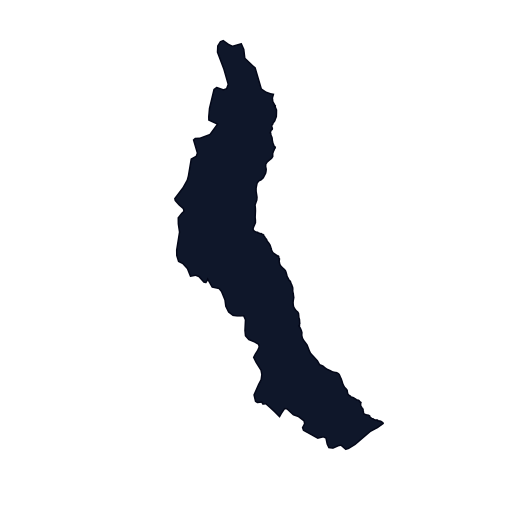 Colonia Lavalleja, Salto, Uruguay, rotated 69°
{"feature_id": "84410073B14700525843011", "entity_name": "Colonia Lavalleja", "entity_type": "district", "adm_level": 2, "iso_a3": "URY", "parent_name": "Uruguay", "parent_adm1": "Salto", "projection": "albers", "projection_center": [-56.948, -31.083], "detail": "fine", "context": "isolated", "style": "filled", "palette": "ink", "viewbox_px": 512, "rotation_deg": 69, "n_neighbors": 0, "source": "geoboundaries", "source_scale": "gbopen_adm2", "svg_char_len": 5445}
<svg xmlns="http://www.w3.org/2000/svg" viewBox="0 0 512 512"><g transform="rotate(69 256 256)"><path d="M157.2,290.5L160.6,293.0L166.1,299.6L173.3,311.2L175.3,311.5L180.8,309.4L185.7,306.8L188.5,307.2L189.6,310.0L192.5,314.9L198.2,317.0L206.3,318.8L222.0,327.9L227.2,329.8L233.3,330.2L236.8,327.0L243.2,324.5L251.4,324.4L252.3,319.3L254.8,316.6L261.7,314.0L262.8,312.3L261.3,310.3L260.2,309.3L262.0,309.1L269.3,308.0L273.1,302.1L276.8,300.9L285.9,300.7L292.1,302.2L298.5,301.6L303.2,298.7L305.2,294.9L307.4,288.9L311.8,288.7L321.6,293.0L326.7,294.4L331.5,292.6L335.7,288.1L339.4,285.2L342.1,285.6L344.8,288.3L347.3,291.7L349.8,294.5L355.2,294.0L364.4,292.2L368.7,293.0L373.3,295.5L376.8,299.5L385.0,307.6L391.5,308.5L393.3,307.2L394.4,303.0L396.7,302.6L397.5,299.7L402.7,297.0L407.8,294.5L414.4,291.6L411.9,288.6L408.7,284.0L409.8,281.8L417.6,278.0L421.1,273.9L427.2,270.2L430.0,270.7L432.9,274.0L435.7,274.1L448.2,263.6L448.9,258.0L451.0,255.9L457.0,256.9L461.0,256.6L462.9,253.0L462.6,246.9L463.1,244.4L468.6,241.5L468.8,238.6L467.4,231.1L460.7,212.2L459.6,203.7L457.9,197.3L457.5,197.2L457.0,197.4L456.5,197.7L455.5,198.3L454.5,199.3L454.0,200.4L453.5,201.3L452.8,201.3L452.4,201.8L452.3,202.1L452.2,202.4L452.2,203.0L452.1,203.3L451.8,203.4L451.5,203.8L450.7,204.7L450.3,204.8L449.9,205.1L449.5,205.9L449.3,206.1L449.0,206.3L448.2,206.7L447.7,207.1L447.3,207.3L446.8,207.3L446.4,207.2L446.2,207.2L445.9,207.3L445.5,207.6L445.0,208.0L444.4,208.9L444.1,209.7L443.5,210.2L443.2,210.7L442.6,211.4L442.3,211.7L441.9,211.7L441.3,211.8L440.7,211.9L440.1,211.6L439.7,211.5L439.1,211.6L438.1,211.1L436.5,211.1L436.0,211.6L435.7,211.6L434.8,211.6L434.1,211.9L432.9,211.8L431.8,211.4L431.0,211.0L430.4,210.5L429.8,210.8L429.4,211.3L428.2,211.5L427.5,211.9L426.9,212.8L426.3,213.8L425.2,214.2L424.6,214.9L423.4,215.6L422.4,216.7L422.1,217.7L421.1,217.9L420.3,218.3L419.2,219.2L417.8,219.7L416.8,219.6L415.1,219.3L413.9,219.0L413.5,219.2L412.3,219.5L410.3,220.4L408.2,220.7L406.2,220.8L403.9,220.6L401.3,220.5L399.1,220.7L397.6,220.7L396.6,220.8L395.9,221.0L395.3,221.3L393.8,222.5L392.8,224.3L391.5,226.2L389.6,227.8L388.3,229.1L386.9,230.5L384.9,231.8L382.8,232.9L381.4,234.3L380.6,235.3L379.6,235.7L377.5,236.0L376.0,236.2L373.2,237.3L370.6,238.3L368.4,239.2L366.2,240.0L363.5,240.2L362.0,240.2L359.4,240.2L357.4,240.2L354.5,241.0L352.1,241.7L349.6,242.1L348.3,242.0L346.4,241.7L344.0,240.6L341.8,240.4L339.3,240.5L337.3,240.8L337.2,241.1L336.7,241.0L336.8,240.8L336.7,240.5L336.3,240.2L335.5,240.0L334.7,239.3L333.2,238.9L331.0,238.2L328.6,238.0L327.1,237.5L324.9,236.9L323.3,237.1L321.3,238.2L319.0,238.8L317.0,239.1L315.2,238.8L312.8,238.1L310.8,237.1L308.3,235.6L307.3,235.4L305.6,235.0L304.2,234.6L303.7,234.6L303.0,234.5L301.4,234.1L300.7,233.8L300.3,233.6L299.8,233.4L299.3,233.3L298.7,233.1L298.2,233.0L296.9,233.1L296.2,232.9L295.2,233.1L293.2,233.1L291.9,233.0L291.4,233.3L290.3,233.8L289.1,233.9L288.2,234.0L286.1,234.3L284.2,234.0L281.8,233.8L281.3,233.8L280.2,233.8L278.6,234.4L276.7,235.4L274.4,236.4L272.3,236.8L270.7,236.5L269.3,236.3L268.2,235.7L267.1,235.1L266.2,235.4L265.3,235.2L264.5,235.0L264.1,235.1L263.9,235.3L263.8,235.6L264.0,235.8L263.9,236.0L263.7,236.2L263.4,236.2L263.0,236.2L262.3,236.8L260.8,237.8L259.4,238.8L258.8,239.0L258.1,239.2L256.0,239.4L254.6,239.1L254.1,239.3L253.5,239.1L250.7,239.0L248.3,239.5L246.9,240.0L245.6,240.3L244.4,240.2L243.3,240.6L242.1,241.0L241.9,241.0L241.6,241.0L241.3,241.0L240.5,241.4L240.0,241.5L239.6,241.4L239.3,241.3L239.1,241.4L238.3,241.9L238.2,242.4L237.9,242.7L237.6,242.9L237.3,242.8L237.0,243.0L236.8,243.4L236.7,243.8L236.3,244.5L235.9,244.7L235.7,245.3L235.6,245.6L235.3,245.8L235.1,245.9L234.9,245.7L234.6,245.8L234.3,246.2L234.2,246.7L233.8,247.1L233.6,247.4L233.3,247.8L232.9,248.1L232.4,248.5L231.9,248.8L231.2,249.0L230.6,249.3L229.0,248.7L227.7,247.5L226.3,246.1L224.7,244.6L222.4,243.7L219.5,242.9L216.8,241.7L213.6,240.3L211.0,239.4L208.0,238.6L206.0,236.9L204.0,235.2L201.5,234.0L198.8,233.4L195.6,232.7L192.7,231.6L190.6,230.3L188.4,228.9L186.9,226.6L186.7,223.9L185.6,221.2L183.8,219.2L182.1,217.3L180.5,216.3L178.7,215.4L175.9,214.9L173.8,214.0L172.3,212.0L171.2,209.0L170.4,206.5L169.1,204.7L166.3,203.7L164.4,202.1L163.3,200.9L162.4,200.2L162.3,199.8L162.1,199.5L161.3,199.0L159.8,199.8L158.0,199.7L156.9,199.8L153.8,199.3L151.7,198.7L150.6,198.6L149.6,198.7L148.2,198.7L147.5,198.5L146.8,198.3L146.6,198.3L146.4,198.6L146.2,198.7L145.9,198.5L145.4,198.0L144.4,197.2L143.9,196.7L143.9,196.3L143.6,195.5L143.0,195.1L142.2,194.9L141.5,195.1L140.2,194.7L139.3,194.0L138.9,193.1L137.8,192.3L137.1,190.9L136.4,189.9L135.2,189.0L135.0,188.8L133.2,187.1L130.2,185.8L127.2,184.6L126.5,184.5L125.9,184.6L124.8,184.6L124.5,185.0L124.4,185.0L124.2,185.0L123.9,184.9L123.7,184.6L123.4,184.6L123.3,185.0L123.2,185.1L122.9,184.7L122.8,184.2L122.6,184.1L122.1,184.4L122.0,184.7L121.8,184.8L121.4,184.5L121.1,184.5L120.8,184.5L120.4,184.7L119.1,184.8L117.8,185.0L117.4,184.9L116.7,184.7L116.0,184.5L115.4,184.3L114.9,184.3L114.5,184.2L111.3,181.8L109.7,184.4L106.5,188.1L102.0,191.2L80.0,189.4L77.2,191.0L67.4,195.6L58.8,193.4L52.6,193.7L51.8,202.8L48.7,205.8L43.2,209.4L43.2,212.4L46.2,216.4L51.9,218.9L70.1,219.0L85.8,220.4L89.3,223.5L89.2,226.9L84.6,232.3L85.5,235.5L101.5,246.5L109.1,250.2L112.2,251.3L119.1,244.6L126.1,255.4L126.0,266.1L124.5,270.6L125.3,272.7L138.9,273.8L141.5,276.0L142.3,281.7L157.2,290.5Z" fill="#0f172a" stroke="#020617" stroke-width="1.5"/></g></svg>